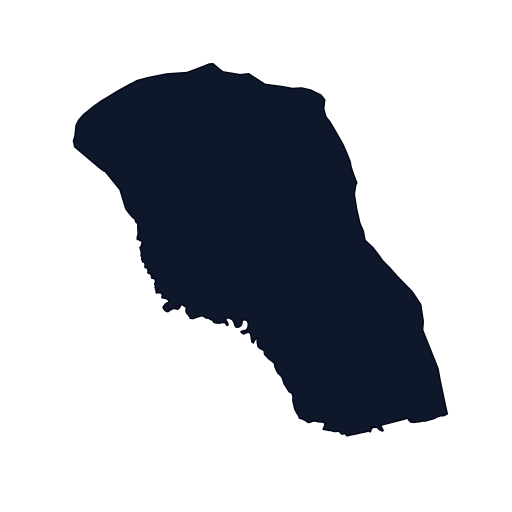 Ifugao, Ifugao, Philippines (Mercator projection), rotated 78°
{"feature_id": "2640588B2684850326122", "entity_name": "Ifugao", "entity_type": "district", "adm_level": 2, "iso_a3": "PHL", "parent_name": "Philippines", "parent_adm1": "Ifugao", "projection": "mercator", "projection_center": [121.288, 16.824], "detail": "fine", "context": "isolated", "style": "filled", "palette": "ink", "viewbox_px": 512, "rotation_deg": 78, "n_neighbors": 0, "source": "geoboundaries", "source_scale": "gbopen_adm2", "svg_char_len": 5845}
<svg xmlns="http://www.w3.org/2000/svg" viewBox="0 0 512 512"><g transform="rotate(78 256 256)"><path d="M75.4,382.6L81.8,395.3L86.2,401.1L90.6,404.7L101.1,408.2L105.4,410.6L111.6,410.6L137.2,390.7L140.2,388.1L141.1,387.2L141.7,386.0L162.9,375.2L182.3,373.6L185.4,372.4L192.2,368.9L194.5,366.9L197.8,366.4L199.7,365.0L200.2,365.0L201.5,365.2L202.4,365.5L209.6,366.6L214.2,368.7L214.7,368.6L215.2,368.5L215.9,366.8L215.6,366.6L215.5,366.3L215.6,366.2L215.8,366.0L216.0,366.0L216.2,366.3L216.3,366.4L216.4,366.5L216.6,366.4L216.6,366.2L216.6,365.9L216.9,365.7L216.9,365.4L217.0,365.2L217.3,365.2L217.7,365.0L218.2,364.8L218.4,364.8L218.9,364.5L219.1,364.4L219.3,364.4L219.6,364.3L219.9,364.4L220.0,364.5L220.2,364.8L220.2,365.0L220.4,365.1L220.5,365.3L220.8,365.2L221.0,365.4L221.2,365.2L221.1,364.9L221.5,365.0L221.8,365.1L221.7,365.3L221.8,365.6L221.8,365.8L222.2,365.7L222.4,365.8L222.5,366.2L222.9,366.0L223.0,366.6L223.3,367.0L223.5,367.2L223.6,367.7L228.8,367.4L229.6,367.8L230.3,367.8L231.1,368.2L232.5,368.2L233.0,368.0L233.9,367.8L234.6,367.9L235.0,368.3L235.3,368.5L235.8,368.5L236.6,368.1L237.6,368.1L238.2,368.0L238.4,367.8L238.7,366.7L239.1,366.4L239.7,366.1L240.9,366.3L241.4,366.2L242.0,366.3L242.6,366.7L243.4,366.9L244.0,366.9L244.5,366.5L244.7,366.2L244.7,365.8L244.4,364.8L244.7,364.4L244.9,364.3L245.2,364.4L245.9,364.7L246.5,364.8L247.9,364.5L248.6,364.7L249.6,365.2L250.1,365.1L250.5,364.7L251.0,363.7L251.1,363.3L251.4,363.1L252.0,362.9L252.7,362.6L253.1,362.3L253.7,362.1L254.1,362.2L254.5,362.5L254.9,362.7L255.5,362.7L256.0,362.3L256.3,361.8L256.5,361.2L256.6,360.7L256.8,360.3L257.3,360.2L257.7,359.8L257.9,359.6L258.0,359.3L258.5,359.4L259.0,359.6L259.8,359.7L260.4,359.5L261.0,359.4L261.4,359.7L261.6,360.0L261.5,360.5L262.5,361.0L263.1,360.9L263.6,360.5L264.3,360.5L264.7,360.6L265.5,361.2L265.9,361.3L266.5,361.0L266.9,360.5L267.4,360.2L267.8,360.3L268.1,360.6L268.3,361.2L268.8,360.9L269.6,360.8L270.0,360.8L270.2,361.0L270.5,361.3L270.7,361.2L271.3,361.1L271.5,360.7L271.5,360.2L271.4,359.8L271.4,359.3L271.6,359.1L271.6,358.6L271.8,358.3L272.0,357.9L272.1,357.3L272.1,356.8L272.7,356.4L273.8,356.0L274.3,355.4L274.8,355.4L275.1,355.7L275.9,356.0L276.1,356.4L276.6,356.6L277.4,356.4L278.2,354.6L278.4,353.5L279.0,352.7L280.5,351.1L281.4,350.6L282.3,350.7L283.0,351.2L283.3,351.9L283.9,354.2L286.2,357.1L287.1,357.6L289.2,357.0L290.4,356.2L291.7,355.0L292.1,353.8L291.9,352.9L291.4,352.0L290.9,350.9L290.1,347.6L290.5,346.5L290.8,345.7L291.1,345.3L291.7,344.1L291.4,342.6L290.4,341.4L289.7,340.7L288.9,340.3L288.3,339.9L288.2,339.2L288.4,338.6L288.9,337.6L289.4,337.1L290.2,336.5L290.8,335.6L291.4,335.1L292.5,335.0L293.6,335.3L294.6,335.9L296.0,335.9L297.6,335.7L298.3,335.0L299.4,334.5L300.3,334.2L301.1,333.7L302.2,332.9L303.1,333.4L303.4,332.7L304.1,330.7L303.4,325.1L303.2,322.3L303.4,320.7L304.6,319.2L306.3,317.8L306.5,316.7L307.0,315.3L307.6,314.7L308.4,313.9L309.0,313.1L309.1,312.6L309.7,312.2L310.4,311.5L311.4,311.3L312.1,310.8L312.7,310.1L313.1,309.3L313.3,308.8L313.5,308.2L313.6,307.3L313.8,306.5L314.3,305.7L314.2,305.4L313.7,305.6L313.6,305.2L313.7,304.8L314.0,304.0L314.1,302.9L314.7,300.1L317.5,299.1L317.9,298.1L316.7,297.5L314.4,298.0L312.4,299.0L311.1,298.1L310.3,296.7L311.6,294.5L313.5,292.2L317.1,291.1L319.2,291.1L321.1,290.5L321.7,289.4L321.9,287.8L321.4,286.0L320.4,284.5L318.2,283.6L316.2,282.8L315.9,280.2L317.8,277.9L321.0,277.6L324.0,278.7L326.5,280.9L326.5,284.3L326.9,286.4L328.9,285.5L329.7,283.8L329.1,281.9L329.0,278.8L331.2,277.4L339.2,277.9L340.4,276.7L336.9,273.7L336.9,271.9L340.3,272.7L345.0,272.9L346.9,271.6L350.0,267.8L354.2,268.0L359.3,264.8L364.5,260.3L366.8,260.4L368.4,260.5L372.2,259.7L374.4,259.1L375.8,258.4L379.2,256.1L381.3,255.6L386.9,255.0L395.7,251.8L397.3,249.7L399.1,249.1L401.1,249.1L402.5,249.3L404.6,250.0L405.7,250.0L409.4,250.0L410.5,249.9L412.5,250.0L414.6,249.7L417.2,249.0L419.4,248.2L420.6,247.6L423.5,247.3L425.1,244.6L427.1,241.9L429.6,239.8L429.9,238.0L429.3,234.8L429.7,232.5L430.8,230.1L431.2,229.4L431.9,226.6L432.5,225.0L433.0,224.4L433.2,223.8L433.6,223.3L435.5,223.9L437.4,224.9L438.8,225.9L439.5,226.3L442.1,220.0L442.1,219.1L443.0,217.9L443.5,216.8L444.1,215.5L444.1,214.6L444.4,212.7L445.1,210.9L446.4,209.9L447.2,209.9L448.1,209.0L448.3,205.7L450.8,204.5L450.7,199.7L450.8,198.4L450.8,195.3L450.8,193.0L450.7,188.7L450.8,186.8L450.7,184.9L450.7,181.2L451.4,181.3L451.7,181.1L451.6,180.8L451.0,180.2L450.4,179.8L450.2,180.1L449.6,180.1L449.1,179.6L448.8,179.4L448.8,179.0L448.8,178.4L448.5,178.1L448.2,178.0L447.8,178.3L447.6,178.8L447.4,179.1L447.1,178.9L447.2,178.1L448.0,176.8L448.7,173.2L448.8,173.0L450.9,171.9L452.6,170.2L453.5,168.6L453.1,167.9L447.5,169.4L446.4,143.9L445.3,142.2L445.6,142.0L445.8,142.1L445.7,141.7L445.9,141.5L446.2,141.5L446.5,141.7L446.6,141.4L446.8,141.3L447.0,141.0L447.1,140.6L447.2,140.4L447.5,140.3L447.7,140.5L448.4,140.5L448.4,140.2L448.8,140.2L449.0,140.2L449.3,140.0L449.2,139.6L450.3,139.2L450.3,138.3L450.3,138.0L450.9,138.4L451.0,138.0L451.6,135.9L451.6,134.6L452.1,131.1L452.1,129.1L452.0,127.9L452.6,124.8L452.0,115.3L451.0,112.6L450.7,108.6L451.2,105.7L450.3,101.7L440.9,101.8L431.1,101.8L414.0,101.7L403.9,101.4L363.1,108.4L354.7,106.0L337.6,105.0L323.4,110.6L305.1,122.2L295.3,127.7L286.8,133.2L282.2,135.1L272.3,139.8L263.7,145.8L263.2,146.1L253.6,145.9L245.4,147.6L231.0,147.8L215.9,147.0L207.7,143.9L205.4,142.2L195.9,143.7L188.7,144.5L183.5,144.3L173.9,145.9L164.5,147.9L149.1,152.8L140.0,155.9L134.4,158.7L126.2,159.2L117.5,156.3L111.8,159.2L110.0,161.7L107.0,165.5L104.8,168.5L101.1,176.5L99.7,185.6L95.5,195.8L90.0,211.5L76.2,225.3L75.4,233.7L68.9,250.3L58.9,258.2L58.5,261.9L59.8,269.2L62.2,285.3L61.5,290.3L59.4,305.1L59.3,308.8L59.1,324.1L59.6,334.3L59.7,335.9L62.7,346.5L65.8,356.7L69.8,368.0L71.8,374.0L75.4,382.6Z" fill="#0f172a" stroke="#020617" stroke-width="1.5"/></g></svg>